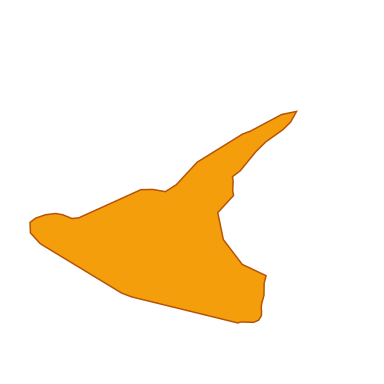 map outline of Andjouân (Mercator projection), rotated 121°
{"feature_id": "COM-4936", "entity_name": "Andjouân", "entity_type": "state/province", "adm_level": 1, "iso_a3": "COM", "parent_name": "Comoros", "parent_adm1": "", "projection": "mercator", "projection_center": [44.402, -12.222], "detail": "fine", "context": "isolated", "style": "filled", "palette": "amber", "viewbox_px": 384, "rotation_deg": 121, "n_neighbors": 0, "source": "natural_earth", "source_scale": "10m", "svg_char_len": 684}
<svg xmlns="http://www.w3.org/2000/svg" viewBox="0 0 384 384"><g transform="rotate(121 192 192)"><path d="M314.9,200.2L314.5,295.3L310.3,309.4L301.5,315.2L294.8,312.5L287.0,305.9L280.7,297.9L278.1,291.1L276.6,281.3L272.5,275.8L216.3,237.0L210.0,226.9L205.4,215.0L193.8,209.2L163.7,202.9L116.3,178.5L109.9,173.4L79.4,155.1L69.1,143.9L81.3,143.5L91.5,146.1L111.1,154.6L124.4,158.0L149.0,161.6L158.0,165.2L162.0,162.0L169.6,158.0L173.6,154.6L196.4,159.3L216.6,140.7L228.2,111.7L225.6,85.4L233.0,83.2L243.5,77.1L251.7,74.8L255.5,73.1L258.8,70.7L262.4,68.8L267.7,68.9L272.1,72.2L278.1,83.0L280.7,85.4L312.9,189.3L314.9,200.2Z" fill="#f59e0b" stroke="#b45309" stroke-width="1.5"/></g></svg>